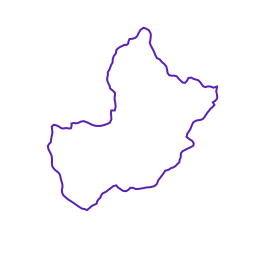 Fronteira dos Vales, Minas Gerais, Brazil (Albers equal-area conic projection), rotated 304°
{"feature_id": "56859067B67250992037415", "entity_name": "Fronteira dos Vales", "entity_type": "district", "adm_level": 2, "iso_a3": "BRA", "parent_name": "Brazil", "parent_adm1": "Minas Gerais", "projection": "albers", "projection_center": [-40.829, -16.89], "detail": "fine", "context": "isolated", "style": "outline", "palette": "violet", "viewbox_px": 256, "rotation_deg": 304, "n_neighbors": 0, "source": "geoboundaries", "source_scale": "gbopen_adm2", "svg_char_len": 2631}
<svg xmlns="http://www.w3.org/2000/svg" viewBox="0 0 256 256"><g transform="rotate(304 128 128)"><path d="M152.0,191.1L153.2,188.6L153.1,185.2L153.3,181.5L156.5,180.4L159.5,180.4L162.5,180.2L166.2,179.4L168.9,178.9L171.4,179.9L173.3,181.3L174.8,183.2L177.1,184.9L179.3,185.3L182.3,185.3L185.3,185.2L187.7,185.5L190.0,185.6L192.3,186.3L195.4,186.8L196.7,184.0L199.2,185.1L201.8,185.4L203.7,184.7L205.8,182.7L207.6,180.7L210.2,179.6L212.1,178.6L209.2,176.3L208.6,173.5L207.3,171.0L205.1,169.3L204.6,166.7L205.5,164.6L206.3,162.3L206.9,159.9L206.3,157.6L205.4,155.1L205.2,152.4L203.3,150.1L200.4,150.5L197.5,150.2L196.2,147.9L196.8,144.5L197.3,142.1L198.1,139.3L197.1,136.8L195.8,135.0L194.8,132.5L195.8,130.0L198.1,127.9L200.5,125.3L201.4,122.1L201.7,119.0L202.6,115.9L202.1,112.9L203.7,110.0L205.4,107.5L206.7,105.4L207.7,103.4L209.1,100.8L210.7,98.4L212.7,97.7L215.2,96.4L217.9,95.0L219.5,93.2L220.7,90.5L220.5,87.4L219.7,84.8L216.3,83.5L212.8,83.7L209.6,84.2L207.0,83.8L204.7,82.0L202.6,79.5L200.3,79.9L198.0,81.0L195.9,80.2L194.7,78.3L192.8,77.4L190.0,75.7L186.3,74.7L183.2,76.2L179.5,76.0L176.3,77.0L173.6,78.6L170.6,78.8L168.3,79.4L165.7,80.0L162.9,80.1L160.7,81.7L157.8,82.8L155.7,84.3L154.1,86.6L152.7,89.2L150.8,91.1L150.5,94.0L150.1,97.1L148.2,98.7L146.2,99.6L144.1,101.0L142.4,102.8L140.7,104.3L138.4,106.0L135.1,107.2L133.2,104.3L130.5,105.7L128.3,107.6L125.8,109.4L122.4,110.0L119.7,108.5L117.2,106.6L114.5,104.2L112.7,101.7L111.4,99.3L110.4,95.4L109.9,91.2L108.9,87.4L106.8,85.2L104.3,83.9L102.8,82.2L101.8,80.2L100.1,78.6L98.2,80.1L95.8,80.8L94.5,79.2L93.5,76.8L91.7,75.0L90.6,73.0L90.5,69.9L90.1,66.9L89.1,64.6L86.5,64.0L83.8,66.4L81.7,68.1L79.2,69.0L75.9,70.5L73.1,71.9L70.8,71.5L68.0,71.7L65.8,74.1L64.4,76.7L62.9,79.4L61.0,81.4L58.5,83.2L56.0,84.8L53.9,86.7L52.8,89.2L52.4,91.6L52.2,94.5L51.6,96.9L50.0,99.0L47.9,101.1L46.5,102.9L44.5,105.2L42.3,106.8L39.9,107.6L37.5,109.6L36.1,111.9L35.6,115.3L35.3,118.7L35.4,121.6L35.4,124.2L35.4,127.2L35.3,130.9L35.4,134.8L36.5,137.3L37.0,139.9L39.9,140.8L43.0,141.5L45.7,143.1L47.8,144.3L50.1,143.4L52.5,143.5L54.6,144.1L56.7,143.5L59.6,143.5L62.8,145.4L66.5,146.6L68.7,147.4L71.6,148.3L73.9,150.4L73.1,152.9L73.1,159.1L74.6,161.8L77.3,163.0L79.7,163.3L81.2,165.6L81.7,168.6L83.3,170.7L84.9,172.4L87.2,174.8L89.2,176.7L90.5,178.5L92.3,180.5L94.8,182.5L97.9,183.2L101.7,182.3L105.5,182.6L110.0,182.8L113.5,182.7L115.8,184.9L118.5,185.9L120.5,187.5L122.8,188.6L125.7,189.1L128.3,189.7L130.5,188.6L132.9,188.2L134.8,187.1L136.7,186.0L139.3,186.2L141.8,187.6L143.7,188.6L145.6,189.8L147.7,191.0L149.9,192.0L152.0,191.1Z" fill="none" stroke="#5b21b6" stroke-width="2"/></g></svg>